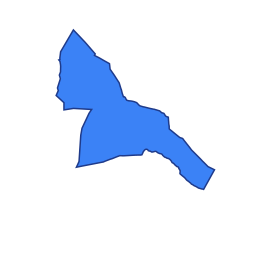 Al Kurmuk, Blue Nile, Sudan, rotated 299°
{"feature_id": "16777658B11118605799379", "entity_name": "Al Kurmuk", "entity_type": "district", "adm_level": 2, "iso_a3": "SDN", "parent_name": "Sudan", "parent_adm1": "Blue Nile", "projection": "mercator", "projection_center": [34.082, 10.395], "detail": "fine", "context": "isolated", "style": "filled", "palette": "blue", "viewbox_px": 256, "rotation_deg": 299, "n_neighbors": 0, "source": "geoboundaries", "source_scale": "gbopen_adm2", "svg_char_len": 3082}
<svg xmlns="http://www.w3.org/2000/svg" viewBox="0 0 256 256"><g transform="rotate(299 128 128)"><path d="M175.3,80.6L175.3,80.1L175.3,74.9L175.4,69.1L175.2,63.5L176.9,63.4L182.3,48.6L187.3,32.7L162.0,32.1L156.1,34.5L154.9,35.3L154.0,34.5L153.3,36.2L150.5,38.4L149.4,39.1L148.8,39.5L148.3,39.7L144.3,41.8L141.0,42.3L139.8,43.5L138.8,44.5L138.2,45.0L137.6,45.1L128.8,46.9L126.9,48.9L121.6,49.4L119.1,59.7L112.8,63.2L118.7,70.8L126.6,87.2L122.0,86.8L105.5,87.9L98.8,90.2L75.0,101.4L71.5,101.7L68.7,101.9L72.7,106.6L86.6,123.2L87.1,123.4L92.9,128.3L93.0,128.6L97.1,131.9L99.9,134.3L100.4,135.4L101.6,137.7L107.3,146.7L109.4,150.2L110.3,151.8L110.5,152.2L111.0,152.7L111.2,153.1L111.7,153.1L112.6,153.1L113.5,153.0L114.4,152.9L115.5,153.0L116.4,153.1L117.3,153.4L118.0,153.9L118.4,154.5L118.6,155.4L118.4,156.1L118.2,156.5L118.0,156.8L118.2,157.7L118.3,158.2L118.5,158.6L118.5,159.9L118.5,160.5L119.0,161.2L119.7,162.0L120.5,162.8L120.9,163.3L121.1,163.8L121.1,164.5L120.9,165.2L120.8,165.9L120.9,167.1L121.0,168.1L121.3,168.9L121.5,169.6L121.5,170.4L121.3,171.0L120.9,171.6L120.6,172.9L120.4,173.6L120.4,174.2L120.3,174.6L120.5,175.2L120.6,175.8L120.5,176.4L120.5,176.8L120.7,177.5L120.9,177.9L120.9,178.8L120.8,179.9L120.4,181.2L119.9,182.2L119.5,182.8L119.2,183.2L119.1,183.6L119.2,184.3L119.1,185.2L118.9,185.9L118.6,186.6L118.3,187.8L118.2,188.5L118.0,189.2L118.0,189.5L118.3,190.3L118.0,191.1L117.9,191.5L117.4,191.9L117.0,192.4L116.8,193.0L116.6,193.3L116.3,193.7L116.1,194.1L115.7,194.5L115.1,194.7L114.7,195.0L114.0,195.2L113.6,195.3L113.4,195.6L113.2,195.8L112.9,196.4L112.9,196.9L112.8,197.5L112.6,198.2L112.4,199.4L112.2,200.5L112.1,201.2L111.9,201.9L111.7,202.5L111.1,204.0L110.9,204.6L110.7,205.7L110.7,206.7L110.3,208.3L110.2,209.4L109.9,210.1L109.7,210.6L109.7,211.1L109.8,211.6L109.7,212.9L109.6,213.4L109.7,215.0L109.8,216.0L109.7,218.1L109.7,218.9L109.9,219.7L110.5,222.3L110.9,223.2L111.0,223.5L111.0,223.9L112.2,223.9L112.4,223.9L112.7,223.9L112.9,223.9L113.5,223.9L115.4,223.9L116.5,223.9L119.4,223.9L119.6,223.9L122.6,223.9L123.5,223.9L125.5,223.9L128.1,223.9L130.0,223.9L131.1,223.9L132.9,223.9L133.0,223.9L133.4,223.9L133.2,220.0L133.0,216.7L133.7,214.4L134.8,210.6L135.0,209.7L136.1,206.3L138.7,197.3L139.2,195.5L139.6,194.1L140.5,192.2L141.8,189.1L144.3,183.1L145.2,181.2L145.3,180.6L144.8,178.0L144.9,177.2L145.2,175.4L145.8,172.0L147.1,164.7L147.7,164.2L149.6,163.1L151.2,161.8L153.8,160.1L154.2,159.8L154.5,159.6L157.0,158.0L156.9,157.5L156.7,156.1L156.7,155.1L157.1,154.2L157.5,153.7L157.9,152.9L158.2,152.2L157.7,149.9L157.9,149.2L158.1,148.5L158.3,147.3L158.1,146.4L157.9,145.5L157.7,144.5L157.1,141.8L156.8,141.1L155.6,137.1L154.2,131.8L154.0,131.4L153.2,127.9L153.3,126.7L154.4,123.3L154.3,122.7L154.1,121.1L153.7,119.4L153.1,117.6L152.1,115.3L151.7,113.4L152.2,112.4L153.1,111.2L153.4,110.7L153.5,109.5L153.1,108.9L153.4,108.5L153.9,108.0L154.5,107.3L155.6,106.1L158.6,103.3L158.7,103.0L163.0,98.6L163.4,98.1L163.8,97.3L164.8,95.4L167.4,90.6L170.5,84.3L170.8,83.8L173.8,81.7L175.3,80.6Z" fill="#3b82f6" stroke="#1e3a8a" stroke-width="1.5"/></g></svg>